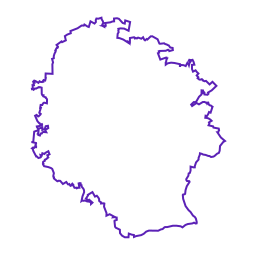 outline of Canalete, Córdoba, Colombia, rotated 272°
{"feature_id": "7082276B82675854286902", "entity_name": "Canalete", "entity_type": "district", "adm_level": 2, "iso_a3": "COL", "parent_name": "Colombia", "parent_adm1": "Córdoba", "projection": "albers", "projection_center": [-76.229, 8.721], "detail": "fine", "context": "isolated", "style": "outline", "palette": "violet", "viewbox_px": 256, "rotation_deg": 272, "n_neighbors": 0, "source": "geoboundaries", "source_scale": "gbopen_adm2", "svg_char_len": 5762}
<svg xmlns="http://www.w3.org/2000/svg" viewBox="0 0 256 256"><g transform="rotate(272 128 128)"><path d="M212.2,58.5L208.5,53.7L206.8,55.2L205.9,55.0L205.5,54.5L205.6,54.0L203.8,53.0L203.3,53.2L202.7,52.6L201.8,53.0L199.9,52.0L197.3,51.3L195.1,51.4L194.4,49.7L191.0,50.8L189.0,50.2L179.5,50.7L179.6,43.8L175.2,43.8L175.1,44.1L172.6,43.6L173.0,42.0L172.2,41.5L171.9,42.0L171.3,41.9L171.3,41.0L170.9,40.6L171.0,39.0L171.6,38.0L170.0,36.9L171.7,33.9L172.1,32.6L171.1,31.7L170.0,32.8L169.8,32.0L167.5,32.5L167.5,31.1L164.1,31.6L163.9,30.6L163.4,30.7L163.5,31.5L162.9,32.3L164.3,33.7L164.1,34.7L165.7,37.3L165.4,37.7L165.8,38.4L165.3,40.3L159.1,40.6L157.9,41.2L157.8,42.4L156.7,42.2L155.7,44.8L155.1,44.8L154.5,45.7L153.6,46.1L149.8,46.1L150.4,43.3L149.7,42.3L148.0,41.5L148.0,39.9L145.0,39.5L145.0,40.2L140.1,38.8L139.0,40.3L138.4,40.0L136.5,38.2L136.4,37.7L137.9,36.2L137.0,34.7L131.6,37.3L129.7,39.1L129.7,39.5L128.4,40.3L128.9,41.8L128.1,42.1L127.7,41.9L126.9,39.5L126.4,36.8L125.9,36.9L124.0,38.2L125.5,42.0L125.2,42.0L125.3,42.4L123.1,42.4L124.1,44.8L126.9,45.7L127.4,47.9L125.1,48.3L123.1,45.2L120.9,46.5L121.1,43.4L120.7,42.8L119.5,42.0L119.4,40.9L117.4,40.2L117.9,38.6L119.0,38.4L119.1,38.0L120.5,38.6L122.8,38.7L121.1,34.4L110.8,33.8L110.6,32.0L109.8,36.6L109.0,36.7L107.6,36.0L106.7,36.8L105.6,36.8L105.6,35.3L104.9,34.9L105.2,33.8L104.3,32.8L103.9,33.5L101.7,34.2L96.4,37.2L96.6,37.6L94.9,39.5L95.5,41.5L95.8,41.9L96.7,41.9L97.9,41.5L97.5,42.8L99.8,43.3L99.1,45.3L100.2,46.2L102.0,49.2L99.0,50.5L98.0,48.4L97.4,49.0L95.5,48.6L95.4,48.9L94.0,47.3L93.7,46.4L93.2,45.9L92.3,46.0L91.3,44.4L89.8,44.2L89.2,44.8L88.6,44.4L86.9,45.5L86.2,49.6L85.3,52.4L84.5,53.7L80.3,55.5L77.4,55.0L76.5,55.2L76.2,55.8L75.0,55.7L72.4,59.1L72.3,59.6L72.9,60.5L72.8,62.1L69.8,64.9L71.9,68.2L69.6,70.0L69.5,71.1L69.8,71.4L68.2,72.5L68.9,74.1L69.8,73.8L70.4,74.3L69.3,75.3L69.0,75.1L65.7,77.0L66.3,76.9L66.6,78.8L66.0,79.0L66.6,80.5L66.6,81.5L70.9,80.6L71.3,81.9L71.1,82.6L69.1,82.5L69.2,83.5L67.7,83.8L65.8,85.5L64.3,86.2L62.3,86.4L58.1,84.9L53.4,84.1L53.9,84.8L53.7,86.1L54.0,86.9L53.6,89.0L53.2,89.6L53.0,92.3L52.1,93.6L50.8,93.7L52.2,95.1L54.8,91.9L54.2,91.5L56.0,88.4L59.2,90.4L59.8,90.2L62.7,94.7L58.3,97.4L59.2,99.2L57.4,100.8L56.0,101.6L54.2,101.7L53.6,102.2L52.7,103.8L51.6,103.7L51.9,106.5L51.7,107.0L48.5,106.8L42.2,109.5L39.6,109.5L41.2,112.7L39.2,116.7L38.2,116.1L38.5,118.4L38.1,118.8L38.1,119.8L35.8,120.0L34.9,117.8L34.6,117.7L28.9,118.5L27.9,119.3L26.1,123.4L22.6,123.7L20.2,125.8L18.7,128.6L18.8,132.3L22.5,132.5L21.5,135.6L21.3,137.6L19.3,137.8L20.2,139.7L21.4,144.9L22.8,147.4L25.1,149.8L26.2,152.5L26.4,161.8L27.8,164.4L28.2,166.1L30.0,167.9L30.3,168.6L30.4,170.8L31.9,176.3L32.0,180.1L31.6,184.1L30.6,185.9L33.1,188.8L34.1,191.1L34.9,195.7L35.7,197.3L34.9,199.0L35.1,199.9L36.3,200.0L39.9,199.0L40.6,198.5L41.5,197.8L42.7,196.0L46.3,193.4L48.0,191.4L51.9,188.3L59.1,185.6L63.0,185.1L63.4,185.3L63.8,187.0L64.2,187.4L68.0,187.7L71.9,188.8L76.3,191.4L77.0,191.1L77.1,188.8L78.1,188.1L78.9,188.0L82.4,190.0L84.7,190.2L85.3,191.4L87.6,192.0L91.6,191.9L90.9,195.1L91.0,196.1L92.2,196.1L96.0,197.2L98.9,199.6L100.7,199.6L103.7,200.7L105.2,200.8L104.7,202.8L104.1,204.0L103.8,206.5L102.9,209.1L102.8,210.5L101.9,212.0L102.4,214.4L103.0,215.4L105.4,217.9L106.3,219.7L108.5,220.4L113.2,220.6L117.4,223.7L118.4,225.4L121.8,221.1L126.8,217.5L126.8,218.2L127.3,218.5L128.0,218.5L128.8,219.1L130.6,218.7L131.4,213.4L132.6,213.0L133.5,208.4L135.3,209.2L136.4,208.7L138.1,211.3L139.2,210.1L140.4,208.1L140.8,206.5L140.9,204.9L142.9,205.1L142.4,206.2L142.6,206.4L145.0,207.8L146.8,208.4L146.2,210.0L152.1,211.7L152.2,211.1L152.9,210.8L153.4,209.9L153.5,209.0L154.2,208.0L156.2,207.3L156.1,206.9L155.1,206.2L156.1,205.7L155.9,205.2L156.7,203.7L156.6,201.9L154.1,198.1L155.4,195.6L152.2,191.3L153.6,190.3L156.2,192.8L156.2,194.0L156.8,195.3L161.7,197.9L164.1,200.3L168.2,200.2L168.1,201.7L167.2,201.8L166.6,202.5L166.1,201.2L165.6,201.7L165.7,203.0L164.2,203.2L164.0,206.3L165.0,207.2L166.2,206.7L168.5,210.3L173.2,214.9L177.1,210.8L174.4,208.0L177.8,204.3L177.4,202.8L178.1,201.1L178.6,201.1L179.4,200.1L178.9,199.0L178.9,197.6L180.2,195.8L181.2,196.5L182.9,194.8L184.9,196.5L186.3,194.9L188.0,193.5L186.6,191.0L189.2,189.9L193.3,189.7L193.6,192.1L196.2,191.3L198.4,190.1L198.0,188.6L198.3,186.9L197.3,186.4L196.6,187.1L196.4,188.1L194.8,187.1L192.8,186.7L194.4,186.0L195.3,185.1L191.9,183.5L192.7,181.5L192.9,178.5L192.7,178.0L191.8,178.0L191.8,177.7L193.6,177.7L194.6,172.1L194.8,168.8L194.0,165.3L192.6,163.5L194.9,163.4L195.6,163.8L197.6,164.0L199.0,164.7L199.1,164.1L199.7,164.0L199.7,163.6L197.5,157.9L203.8,155.3L204.4,156.5L205.8,156.1L206.1,157.0L206.5,163.0L207.6,165.3L206.9,166.4L206.3,166.6L207.4,170.1L209.6,169.8L209.9,167.4L212.0,165.8L212.3,164.6L212.8,163.9L213.2,162.2L213.9,161.2L213.3,157.0L213.5,156.4L217.7,154.5L220.5,149.1L220.4,147.5L217.1,144.3L217.6,143.6L216.2,142.0L216.9,141.1L219.2,139.9L217.7,138.2L218.7,134.9L217.8,133.8L218.3,132.6L217.7,131.8L218.9,130.9L218.0,126.8L213.6,126.9L214.2,125.4L212.8,126.0L216.2,120.3L217.5,116.5L217.7,114.2L221.8,114.4L223.4,115.3L225.1,114.9L225.8,115.2L226.8,114.9L227.3,117.0L227.2,120.7L225.2,125.2L234.0,126.4L235.4,121.5L232.2,121.1L232.8,119.0L236.8,115.1L237.3,113.2L236.9,110.2L234.1,110.4L233.9,108.7L233.0,106.7L232.1,101.3L230.0,102.2L229.2,102.1L228.3,101.8L228.7,101.8L229.0,100.9L228.2,100.9L229.0,99.3L229.2,99.6L229.3,99.5L229.4,99.0L229.5,99.3L230.0,99.2L229.8,98.5L230.8,98.8L232.0,99.7L233.9,99.1L235.7,97.9L237.3,97.6L236.2,94.6L236.3,92.6L234.7,92.0L232.8,92.2L231.2,90.9L233.3,86.8L227.6,85.3L228.0,84.0L229.9,80.8L228.8,80.3L228.8,78.1L225.9,74.1L222.9,67.1L220.7,67.5L219.3,64.1L217.6,61.7L213.4,62.8L211.5,59.1L212.2,58.5Z" fill="none" stroke="#5b21b6" stroke-width="2"/></g></svg>